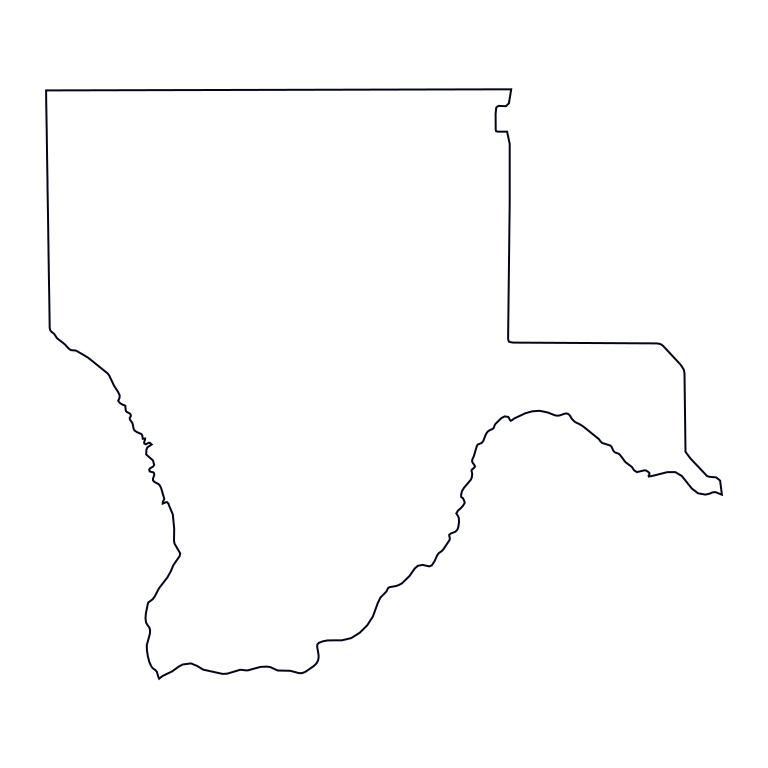 outline of Kgalagadi
{"feature_id": "BWA-2625", "entity_name": "Kgalagadi", "entity_type": "District", "adm_level": 1, "iso_a3": "BWA", "parent_name": "Botswana", "parent_adm1": "", "projection": "orthographic", "projection_center": [21.995, -25.1], "detail": "fine", "context": "isolated", "style": "outline", "palette": "ink", "viewbox_px": 768, "rotation_deg": 0, "n_neighbors": 0, "source": "natural_earth", "source_scale": "10m", "svg_char_len": 3929}
<svg xmlns="http://www.w3.org/2000/svg" viewBox="0 0 768 768"><path d="M142.8,438.8L142.3,435.6L141.5,434.1L137.1,432.2L134.6,430.6L133.6,428.8L132.6,423.7L132.0,422.4L130.4,420.3L129.8,419.1L129.7,417.9L130.4,416.9L130.9,415.9L130.6,414.4L129.6,413.4L126.9,412.0L126.0,411.1L125.7,410.0L125.3,405.7L122.5,404.6L119.7,402.9L118.2,400.7L119.5,398.0L119.7,395.5L118.1,392.0L114.0,385.6L109.2,375.5L107.6,373.4L88.1,357.7L76.6,350.9L75.1,350.4L72.0,350.3L70.6,349.9L68.9,348.8L64.8,344.3L57.0,338.2L54.1,333.8L51.5,331.8L50.5,330.7L49.7,328.0L49.3,299.7L48.8,271.4L48.4,243.1L48.0,214.8L47.5,186.5L47.5,181.9L47.1,158.2L46.7,129.9L46.2,101.6L46.1,90.4L49.0,90.4L511.2,89.3L508.9,103.4L505.8,106.2L499.0,105.9L497.4,106.5L496.2,107.8L495.6,114.0L495.7,129.8L496.0,131.1L497.1,131.5L498.5,131.7L507.1,131.7L509.7,143.8L509.7,202.4L508.1,338.0L508.3,340.1L509.1,341.8L511.2,342.3L513.4,342.6L656.6,343.4L658.9,343.7L661.2,344.4L663.5,346.3L680.5,364.6L682.3,367.2L683.9,369.9L684.5,373.5L685.5,451.8L690.3,458.3L707.1,476.1L709.4,476.8L716.2,477.4L720.1,480.6L721.9,494.7L715.4,492.1L712.5,492.4L709.5,493.7L705.4,494.6L698.0,493.3L691.8,488.5L681.8,476.0L675.3,472.1L667.5,472.1L652.0,476.0L648.8,476.5L648.6,475.7L649.5,474.3L649.3,472.9L647.8,471.6L646.3,470.6L644.6,470.3L636.9,472.1L634.1,470.3L631.9,467.0L625.3,462.0L619.7,454.5L618.4,453.6L615.4,452.6L614.1,451.7L613.1,450.3L611.6,446.8L610.2,445.5L602.0,442.9L600.1,440.9L599.0,439.2L583.5,426.7L579.8,424.3L575.4,422.2L574.0,421.1L572.0,419.0L569.8,415.5L568.5,414.1L566.4,413.4L564.4,413.8L559.5,415.5L556.9,415.7L554.6,415.2L547.8,412.5L539.7,410.8L532.3,411.3L525.2,413.3L514.0,418.6L512.6,419.8L510.8,420.8L509.8,419.9L509.2,418.3L508.2,416.9L504.7,416.4L501.2,418.2L495.3,424.1L494.5,425.6L494.1,427.0L493.5,428.3L491.8,429.3L489.8,430.2L488.2,431.2L486.9,432.6L485.7,434.7L483.3,441.0L481.6,443.0L477.8,444.5L476.8,446.1L473.8,456.3L472.6,458.8L472.2,460.1L472.1,461.5L472.9,463.1L474.3,464.9L475.0,466.6L473.7,468.2L471.7,469.8L471.5,471.1L472.0,472.5L472.2,474.3L471.9,476.7L471.5,478.4L470.6,480.0L464.0,487.8L462.0,491.1L461.1,494.7L461.2,497.0L461.7,497.5L462.6,497.8L463.6,499.5L464.5,501.8L464.7,502.9L463.1,505.6L460.9,508.1L457.9,510.7L456.3,513.4L458.2,516.4L458.9,518.5L459.0,522.1L458.5,526.0L457.8,528.8L456.4,530.8L455.0,531.9L450.8,533.5L449.2,534.8L449.3,536.2L449.8,537.9L449.7,539.8L443.4,549.3L443.1,549.6L441.7,551.1L438.7,553.2L437.1,555.4L434.6,561.1L431.8,565.4L429.3,566.4L422.6,564.9L417.9,565.8L414.7,568.5L409.6,575.9L401.9,583.4L398.4,585.2L396.1,586.0L389.3,587.2L388.0,588.2L386.4,591.5L380.4,597.6L377.6,603.5L372.9,616.5L367.3,625.2L359.8,632.7L351.2,638.1L341.9,640.3L327.6,640.4L323.0,641.3L319.1,642.7L317.3,644.4L317.2,647.0L318.5,654.4L318.6,657.6L318.0,660.6L316.4,663.5L313.7,666.1L305.4,671.8L302.1,673.1L299.0,673.1L290.2,670.8L277.7,670.5L270.5,667.2L267.1,666.6L260.4,666.9L248.1,670.3L246.0,670.4L241.9,669.9L239.8,669.9L227.1,673.7L222.5,673.9L203.1,669.6L197.1,665.9L190.9,663.4L182.7,664.5L178.9,666.5L172.1,671.4L162.7,675.9L159.6,678.3L159.2,678.7L158.4,677.1L156.9,671.9L155.4,670.1L153.2,668.6L152.3,667.7L151.4,666.5L149.3,662.0L147.8,656.0L146.9,650.0L146.8,645.0L149.9,633.8L150.1,630.0L149.4,627.7L147.0,624.3L146.0,622.3L145.5,618.1L145.9,613.3L147.7,604.5L148.3,602.5L152.7,599.2L154.7,596.5L159.0,588.3L167.4,577.4L170.7,571.5L173.4,565.1L179.7,556.0L180.2,553.4L174.5,543.6L174.0,540.5L174.2,528.7L172.8,514.4L168.7,504.7L168.7,504.0L167.0,502.1L166.2,502.1L164.7,502.8L162.7,503.6L162.8,502.0L164.3,498.9L161.1,488.0L159.6,485.1L158.1,483.8L154.3,481.9L153.0,480.3L153.0,478.6L154.3,475.0L154.1,473.2L153.0,472.2L151.3,471.9L149.7,471.4L149.2,469.6L150.0,468.4L153.3,466.4L154.2,464.8L152.9,460.4L146.2,454.5L146.4,449.9L147.4,447.3L151.7,444.5L149.8,442.8L148.4,442.8L147.1,443.7L145.8,444.3L144.3,443.6L144.2,441.9L145.0,439.9L145.1,438.5L142.8,438.8Z" fill="none" stroke="#020617" stroke-width="2"/></svg>